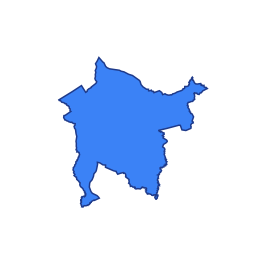 Mueang Kamphaeng Phet, Kamphaeng Phet, Thailand (Natural Earth projection), rotated 230°
{"feature_id": "78962969B14076406619672", "entity_name": "Mueang Kamphaeng Phet", "entity_type": "district", "adm_level": 2, "iso_a3": "THA", "parent_name": "Thailand", "parent_adm1": "Kamphaeng Phet", "projection": "natural_earth1", "projection_center": [99.433, 16.42], "detail": "fine", "context": "isolated", "style": "filled", "palette": "blue", "viewbox_px": 256, "rotation_deg": 230, "n_neighbors": 0, "source": "geoboundaries", "source_scale": "gbopen_adm2", "svg_char_len": 5760}
<svg xmlns="http://www.w3.org/2000/svg" viewBox="0 0 256 256"><g transform="rotate(230 128 128)"><path d="M200.7,151.0L199.1,147.5L198.1,144.4L195.5,143.6L194.2,142.3L193.0,139.8L191.4,139.2L189.9,137.2L188.5,136.3L187.2,134.5L185.8,133.9L183.6,133.8L183.2,133.1L182.8,132.0L183.0,126.1L182.6,125.9L183.2,123.0L183.1,121.1L182.3,120.2L182.5,118.5L190.4,119.6L191.7,108.6L194.0,93.1L193.2,93.0L192.4,93.9L190.4,93.8L188.7,95.1L186.8,95.5L186.7,96.0L185.9,96.3L185.1,95.8L184.0,96.0L183.5,96.5L182.2,96.6L180.8,95.7L179.7,95.9L178.5,94.7L177.4,94.9L178.1,87.9L178.7,86.9L177.3,85.4L174.9,84.9L174.9,85.2L173.0,85.6L172.1,86.3L170.9,86.6L168.8,88.0L168.6,88.7L166.6,89.0L165.3,90.3L164.2,89.2L164.0,87.8L162.1,86.9L160.7,86.9L156.9,84.5L154.4,83.3L151.2,79.6L149.5,78.6L147.1,76.5L146.3,76.2L145.0,74.9L144.7,74.2L143.9,74.5L143.3,74.3L142.6,73.4L141.7,74.4L140.8,74.4L140.6,74.7L138.6,73.7L138.5,73.0L137.6,72.0L137.7,71.5L137.3,71.2L137.4,70.9L136.4,69.6L136.4,69.2L135.8,68.4L136.0,68.3L135.6,68.0L135.8,67.6L135.6,66.3L134.2,65.2L133.9,63.4L133.1,62.7L132.9,61.9L132.8,60.6L132.2,60.3L131.7,59.4L130.6,58.7L129.4,58.8L128.7,57.5L126.6,57.5L126.3,56.1L123.9,56.5L123.5,56.9L121.6,55.7L118.8,56.1L118.5,55.9L116.7,56.0L116.0,55.0L114.7,54.2L113.3,54.0L110.8,54.5L108.5,53.9L107.4,54.2L106.8,53.5L106.5,53.7L105.6,53.1L105.4,53.5L104.9,53.4L104.6,53.0L104.8,52.6L104.4,52.3L104.0,52.6L103.6,52.1L103.9,51.9L103.8,51.5L103.3,51.1L103.3,50.5L104.0,50.5L104.3,50.0L104.4,49.2L105.0,48.7L104.8,47.7L104.3,47.6L104.2,48.0L103.6,47.0L103.5,45.8L103.2,45.5L102.7,45.9L102.3,45.6L102.7,45.4L102.6,45.0L100.9,44.4L101.0,43.8L100.6,43.1L99.0,42.9L98.6,42.4L97.8,42.5L97.4,41.9L96.4,42.7L96.7,44.5L95.4,45.8L95.0,47.2L94.5,47.5L94.8,48.1L94.3,48.9L94.4,49.5L95.0,50.5L94.6,50.7L95.0,51.3L94.7,52.0L95.0,52.2L95.2,52.8L94.6,55.7L94.1,55.8L92.7,60.9L94.2,61.0L96.2,60.8L100.9,58.7L103.2,58.8L107.6,60.4L110.1,62.9L110.9,64.1L111.4,67.2L113.1,70.4L114.8,72.4L115.3,75.4L116.1,76.8L119.7,81.3L121.4,82.5L119.4,84.0L115.9,85.1L114.0,87.0L112.4,85.5L104.4,89.5L102.3,91.1L101.6,90.7L99.2,90.4L98.2,93.1L96.9,95.7L96.1,95.5L95.7,96.4L94.4,96.5L93.1,95.9L92.7,95.2L92.2,95.2L91.9,94.8L88.0,95.7L87.0,94.8L85.9,94.3L85.3,93.0L83.6,93.4L81.7,92.3L81.1,93.5L79.5,93.8L78.3,95.3L78.0,95.3L78.1,94.8L77.8,94.5L77.0,94.5L76.2,94.9L75.2,96.6L73.4,98.3L73.4,99.9L73.7,100.4L73.4,101.2L72.5,101.2L72.3,101.9L71.4,102.1L71.3,102.6L70.1,103.4L69.5,103.1L69.5,102.4L69.2,102.6L69.0,102.2L68.3,102.0L68.4,101.1L68.0,101.2L67.3,100.6L66.6,100.5L65.6,100.6L65.1,101.3L64.7,101.2L64.6,100.9L63.9,102.0L62.1,103.1L61.2,103.0L60.4,103.6L60.1,104.0L60.2,104.9L59.6,105.2L59.5,105.8L59.1,106.4L58.0,105.7L58.1,104.6L57.4,103.8L55.5,103.6L55.3,103.8L55.5,105.4L56.0,105.7L56.8,107.4L57.5,107.8L58.0,107.1L58.6,107.3L59.1,107.1L59.1,107.7L59.7,108.7L60.0,108.6L60.1,109.5L60.6,110.0L61.3,110.2L61.1,110.5L61.4,111.8L61.7,112.1L62.5,111.8L62.6,112.3L62.9,112.2L63.0,112.6L62.5,112.7L62.5,112.9L63.6,113.1L64.2,113.6L64.2,114.3L63.6,115.0L64.1,115.2L64.4,115.8L65.3,115.3L65.7,115.4L65.8,115.7L66.0,115.4L66.7,115.9L67.0,115.7L67.1,116.3L67.4,116.3L67.8,117.0L68.9,116.9L69.3,117.5L69.6,117.5L70.2,118.3L70.0,118.9L70.3,118.9L70.8,119.3L70.9,119.8L72.0,120.5L72.3,121.7L72.6,121.4L72.4,122.1L73.2,122.6L73.2,123.7L73.6,124.4L73.2,124.6L73.8,126.3L75.8,126.6L76.0,126.3L76.8,126.9L76.4,127.4L76.6,127.8L76.2,127.9L76.3,128.3L75.6,128.7L75.8,129.4L75.1,130.5L75.9,131.5L75.7,131.7L76.0,132.0L75.3,132.4L75.5,132.8L75.0,132.8L75.4,133.7L75.8,133.7L75.3,134.3L76.8,135.0L76.9,135.5L77.2,135.6L77.2,136.1L77.7,135.9L78.2,136.2L78.7,135.8L79.4,136.4L79.4,136.8L79.8,136.5L80.0,137.1L81.0,137.1L81.0,137.5L84.8,138.9L85.0,139.8L86.8,140.7L86.6,141.2L87.3,141.5L88.0,142.6L89.2,142.9L91.3,142.4L92.6,144.6L92.2,147.7L92.4,149.3L92.9,149.7L94.0,149.8L97.9,148.5L98.6,150.0L100.0,149.4L100.2,151.4L100.0,151.7L101.1,152.4L101.9,151.6L102.1,151.8L103.6,151.3L103.9,150.6L104.2,150.8L104.5,150.4L105.2,150.4L105.3,150.0L105.7,150.2L106.2,149.9L106.4,150.2L102.8,157.3L97.4,168.8L96.4,169.8L91.9,168.1L88.9,170.7L87.3,175.9L88.4,177.2L89.1,177.3L90.1,178.2L90.5,179.7L90.0,181.3L91.1,181.8L91.8,181.5L92.2,181.7L94.4,185.4L97.5,186.1L98.1,186.0L98.8,185.4L99.1,185.7L99.9,185.7L100.1,186.0L100.6,185.7L101.5,185.8L101.5,186.3L103.4,187.0L105.1,187.0L106.1,188.3L107.1,187.9L107.9,189.1L108.5,189.3L108.5,189.8L108.9,190.5L108.0,192.2L107.9,193.1L107.1,194.1L106.9,195.4L107.4,196.0L107.0,197.1L107.2,197.7L108.1,197.9L108.7,198.4L109.1,199.2L110.4,200.0L110.7,200.4L111.6,200.6L111.8,201.0L112.0,200.8L112.3,201.5L111.1,202.3L110.5,203.1L109.8,202.9L109.0,203.2L108.0,204.0L108.5,205.8L107.9,206.7L108.4,209.4L107.8,211.5L108.0,212.2L107.6,212.7L107.2,214.1L109.0,213.9L109.5,213.2L110.5,212.7L111.8,213.6L112.5,212.3L112.8,212.5L113.4,211.7L113.8,212.1L114.2,211.7L114.5,212.1L115.3,212.3L117.2,209.2L118.5,208.1L120.1,208.0L122.1,208.6L123.0,208.3L123.2,208.7L124.1,208.4L124.5,208.8L124.7,209.7L125.6,209.9L125.5,209.5L125.3,209.6L125.4,209.0L125.0,208.8L125.2,208.6L124.6,207.8L124.5,206.6L124.3,206.4L124.6,206.0L124.1,205.7L124.0,204.5L123.8,204.1L123.6,204.3L122.8,203.8L122.5,203.1L122.3,203.3L122.0,203.0L121.5,201.2L121.9,199.8L123.3,198.2L122.0,196.8L122.2,195.9L122.7,195.4L122.1,194.4L122.4,192.8L124.1,188.5L124.3,186.8L125.0,184.9L125.4,184.4L125.3,182.8L126.0,182.0L126.8,180.5L127.8,179.6L129.5,178.6L130.4,178.4L131.3,176.0L133.5,176.7L136.4,176.0L138.4,170.6L139.4,171.0L139.9,170.9L140.4,170.0L142.0,170.2L142.4,168.7L143.3,167.7L144.5,168.6L145.8,167.1L149.9,165.9L152.9,165.9L155.9,167.2L157.2,167.3L165.3,165.2L168.8,163.0L173.6,161.0L176.0,159.2L177.8,158.5L185.2,151.9L187.7,150.7L189.6,150.5L193.6,151.5L194.7,151.1L200.7,151.0Z" fill="#3b82f6" stroke="#1e3a8a" stroke-width="1.5"/></g></svg>